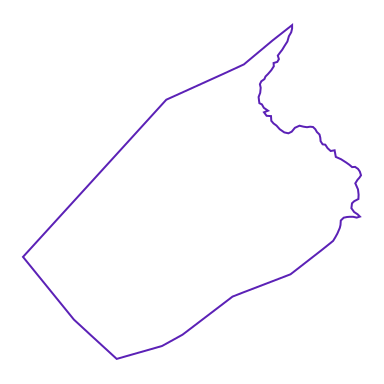 outline of Barra de Santa Rosa, Paraíba, Brazil
{"feature_id": "56859067B56104642603806", "entity_name": "Barra de Santa Rosa", "entity_type": "district", "adm_level": 2, "iso_a3": "BRA", "parent_name": "Brazil", "parent_adm1": "Paraíba", "projection": "orthographic", "projection_center": [-35.977, -6.767], "detail": "fine", "context": "isolated", "style": "outline", "palette": "violet", "viewbox_px": 384, "rotation_deg": 0, "n_neighbors": 0, "source": "geoboundaries", "source_scale": "gbopen_adm2", "svg_char_len": 1369}
<svg xmlns="http://www.w3.org/2000/svg" viewBox="0 0 384 384"><path d="M359.9,216.6L357.6,214.3L354.1,212.0L351.4,208.2L352.0,203.3L354.2,201.2L358.4,199.0L358.6,194.7L358.0,189.4L355.3,183.3L357.6,179.7L359.4,177.7L361.0,175.3L359.8,171.5L358.0,168.9L355.1,166.9L352.1,167.1L349.4,164.8L346.3,162.6L341.0,159.2L335.8,156.9L335.3,154.2L334.6,150.3L330.7,151.0L327.6,148.2L325.3,144.7L322.6,144.3L320.6,141.2L320.3,137.8L319.5,134.5L316.9,132.0L315.3,129.2L313.0,127.0L310.1,126.7L307.0,127.2L303.6,126.7L299.5,125.7L294.9,127.8L291.7,131.7L288.4,133.3L284.3,132.4L279.7,129.2L276.5,125.6L273.5,123.4L271.3,120.8L271.0,116.1L266.6,115.8L264.0,112.3L268.0,110.7L263.8,107.8L261.9,104.4L259.4,103.2L259.0,100.4L258.6,97.0L260.2,92.8L260.7,87.8L259.9,84.2L261.3,81.3L264.4,79.1L265.5,76.5L268.0,74.0L271.2,70.3L273.8,66.3L273.6,63.0L277.3,61.9L278.9,59.1L277.8,55.6L280.4,52.1L282.2,49.8L284.3,46.3L287.4,41.5L288.9,36.2L291.2,32.3L292.1,28.5L292.1,25.1L272.5,40.5L243.9,64.4L223.5,73.8L166.3,99.7L124.5,145.6L111.2,160.2L23.0,256.9L52.3,293.0L73.9,319.6L91.9,336.2L116.7,358.9L131.1,354.8L162.0,346.0L182.5,334.7L199.6,321.7L232.5,296.6L243.0,292.5L290.5,274.3L322.4,249.5L333.1,240.9L335.3,237.3L337.4,233.5L339.8,227.9L340.5,225.0L340.8,220.5L343.7,217.7L347.0,217.0L349.6,216.8L353.1,216.8L356.7,217.6L359.9,216.6Z" fill="none" stroke="#5b21b6" stroke-width="2"/></svg>